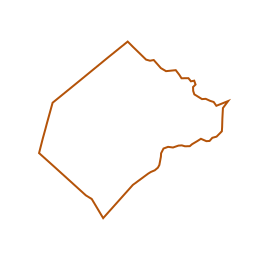 Campo Redondo, Rio Grande do Norte, Brazil, rotated 220°
{"feature_id": "56859067B7245659807247", "entity_name": "Campo Redondo", "entity_type": "district", "adm_level": 2, "iso_a3": "BRA", "parent_name": "Brazil", "parent_adm1": "Rio Grande do Norte", "projection": "natural_earth1", "projection_center": [-36.238, -6.238], "detail": "fine", "context": "isolated", "style": "outline", "palette": "amber", "viewbox_px": 256, "rotation_deg": 220, "n_neighbors": 0, "source": "geoboundaries", "source_scale": "gbopen_adm2", "svg_char_len": 864}
<svg xmlns="http://www.w3.org/2000/svg" viewBox="0 0 256 256"><g transform="rotate(220 128 128)"><path d="M117.0,49.3L110.1,50.3L89.1,43.0L87.7,87.6L83.2,106.1L82.2,109.1L80.3,112.8L79.6,116.8L80.2,119.8L81.6,122.3L84.3,127.1L86.4,129.9L87.6,135.1L85.2,139.3L81.0,142.0L78.0,147.0L75.6,149.3L72.6,150.6L69.0,153.8L68.5,156.8L66.4,162.8L65.2,166.6L59.5,168.3L57.2,170.5L57.1,174.7L54.6,178.3L54.0,185.8L56.4,189.1L61.7,195.8L68.1,204.3L68.6,213.0L74.6,201.8L79.1,203.0L82.5,201.6L87.2,200.3L89.9,197.7L98.8,196.4L101.9,198.3L104.5,201.2L104.2,204.7L107.7,206.8L109.8,204.2L113.7,205.0L119.0,200.5L123.1,201.8L128.6,203.0L135.4,196.0L141.3,195.0L152.0,196.6L154.4,193.7L158.1,192.0L176.0,193.3L183.8,194.0L188.5,170.0L195.5,132.8L202.0,98.9L193.1,79.4L190.7,74.3L186.4,64.9L180.0,51.6L158.6,50.9L117.0,49.3Z" fill="none" stroke="#b45309" stroke-width="2"/></g></svg>